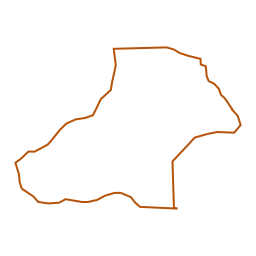 the district of Buan-gun, North Jeolla, South Korea
{"feature_id": "91817680B44911241756091", "entity_name": "Buan-gun", "entity_type": "district", "adm_level": 2, "iso_a3": "KOR", "parent_name": "South Korea", "parent_adm1": "North Jeolla", "projection": "robinson", "projection_center": [126.66, 35.682], "detail": "fine", "context": "isolated", "style": "outline", "palette": "amber", "viewbox_px": 256, "rotation_deg": 0, "n_neighbors": 0, "source": "geoboundaries", "source_scale": "gbopen_adm2", "svg_char_len": 829}
<svg xmlns="http://www.w3.org/2000/svg" viewBox="0 0 256 256"><path d="M232.3,109.3L224.6,98.0L221.0,94.9L218.7,88.6L214.1,83.7L208.6,81.0L206.7,76.1L205.8,66.3L200.8,64.5L200.5,58.9L188.2,55.8L179.6,53.0L173.9,49.5L166.7,47.4L113.7,48.8L115.8,64.9L114.4,71.8L112.2,81.6L110.8,90.0L100.8,99.1L96.5,108.2L92.9,115.2L85.0,118.0L75.6,119.4L66.3,123.6L59.9,129.9L52.0,139.7L47.7,144.6L34.7,151.6L28.3,151.6L21.1,158.6L15.4,162.8L18.9,174.0L19.7,182.4L21.8,188.7L33.3,196.4L38.3,202.0L48.3,203.4L59.1,202.7L65.6,199.2L82.1,202.0L87.8,202.0L97.2,199.9L105.0,195.7L114.4,192.9L120.8,192.9L130.9,197.1L135.2,202.7L140.2,206.9L177.5,208.6L173.9,207.6L172.5,161.4L179.7,153.7L187.6,145.3L194.7,137.6L206.9,134.1L217.0,132.0L234.2,132.7L240.6,125.0L237.8,115.9L232.0,109.6L232.3,109.3Z" fill="none" stroke="#b45309" stroke-width="2"/></svg>